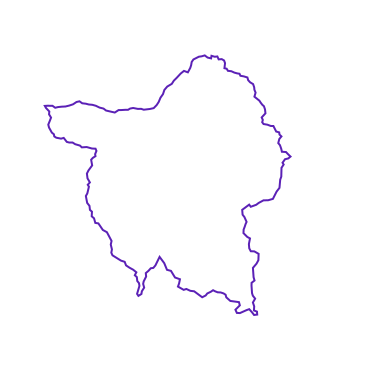 Dilermando de Aguiar, Rio Grande do Sul, Brazil, rotated 66°
{"feature_id": "56859067B57866316427698", "entity_name": "Dilermando de Aguiar", "entity_type": "district", "adm_level": 2, "iso_a3": "BRA", "parent_name": "Brazil", "parent_adm1": "Rio Grande do Sul", "projection": "mercator", "projection_center": [-54.164, -29.81], "detail": "fine", "context": "isolated", "style": "outline", "palette": "violet", "viewbox_px": 384, "rotation_deg": 66, "n_neighbors": 0, "source": "geoboundaries", "source_scale": "gbopen_adm2", "svg_char_len": 3130}
<svg xmlns="http://www.w3.org/2000/svg" viewBox="0 0 384 384"><g transform="rotate(66 192 192)"><path d="M53.5,291.4L55.9,291.2L60.4,289.6L62.9,291.0L66.7,290.5L69.2,293.0L72.0,295.9L75.0,296.4L80.7,295.9L83.1,294.7L85.2,295.2L87.2,293.9L90.0,289.9L90.4,287.2L95.3,286.0L96.9,284.0L98.2,281.0L100.8,279.3L104.0,275.5L106.4,274.5L108.1,269.9L111.6,265.7L113.2,262.5L115.6,262.6L118.0,265.1L120.0,265.6L120.5,268.8L121.5,271.0L127.1,272.4L130.2,277.8L132.4,280.5L137.0,281.9L141.7,281.4L143.0,284.3L145.2,284.0L150.7,288.2L152.5,290.6L159.3,292.2L163.0,291.3L166.8,292.5L169.3,291.4L173.4,293.5L176.2,292.2L180.9,292.9L182.6,290.3L190.4,288.9L194.1,286.1L204.0,285.4L207.0,287.6L211.9,288.5L214.6,290.4L217.5,290.4L225.8,284.8L228.4,281.9L232.2,282.1L235.7,279.9L239.0,277.4L242.7,275.5L244.8,278.1L247.3,277.0L251.0,278.2L253.7,277.5L256.4,278.2L262.7,283.6L265.1,283.2L264.6,279.7L262.3,278.2L259.9,274.6L256.1,274.0L254.0,272.5L250.6,268.3L247.3,267.2L246.3,263.8L244.9,260.7L245.6,258.2L244.2,255.3L238.1,248.0L245.7,246.3L252.9,246.5L255.5,243.3L263.2,242.3L266.8,238.5L270.3,241.0L272.7,243.3L278.0,239.4L278.3,236.6L281.6,233.7L283.6,230.4L292.3,225.5L292.1,221.6L290.9,219.3L290.8,215.5L290.3,212.7L292.2,211.2L294.1,209.3L295.4,206.7L297.5,204.4L299.5,203.1L302.2,203.5L307.1,201.3L311.7,193.9L315.0,194.4L317.2,200.2L320.7,200.2L322.1,197.5L322.1,190.1L322.3,187.4L326.3,186.1L329.6,185.3L330.5,182.3L327.7,181.3L325.4,183.6L321.8,181.7L317.7,181.3L315.1,177.7L311.4,178.6L308.8,178.3L301.7,175.7L299.2,174.5L298.3,170.9L294.9,170.4L286.1,167.2L283.7,162.2L281.3,159.1L275.6,156.3L271.6,159.2L270.0,162.4L266.7,162.6L262.7,161.2L258.0,157.9L255.5,159.8L250.5,161.7L247.3,160.1L245.2,158.0L243.1,156.1L241.5,154.3L236.2,154.3L233.3,155.0L228.7,153.4L226.8,144.9L229.4,144.3L229.8,138.5L229.1,135.5L228.7,130.1L230.5,125.8L231.2,120.9L226.0,114.5L223.8,110.4L216.6,106.4L214.3,104.2L206.3,100.4L204.2,97.1L202.1,97.4L199.9,93.7L200.5,90.4L199.7,87.6L196.5,88.9L193.7,89.9L191.8,93.5L188.8,92.9L185.0,92.6L182.4,93.3L179.1,90.7L177.6,87.7L175.1,88.7L173.0,88.1L171.0,90.5L164.8,90.8L163.7,93.2L161.2,95.7L159.0,99.0L156.8,99.5L155.0,98.0L152.2,98.0L150.0,92.9L146.2,91.7L142.9,91.4L140.9,92.3L138.4,92.9L136.0,93.3L130.3,96.2L127.1,93.5L124.0,93.4L121.6,92.6L118.3,92.3L115.4,94.3L112.7,95.2L109.9,94.8L107.4,97.7L105.5,100.5L103.3,100.5L102.0,102.5L100.1,104.8L97.7,106.9L95.9,109.9L93.5,110.2L92.1,112.0L87.7,109.4L84.9,109.2L82.7,110.8L81.7,113.7L78.5,113.7L77.7,116.2L75.5,118.8L77.7,120.2L75.5,123.1L72.4,124.8L72.0,127.9L71.2,130.7L71.5,136.8L73.1,139.4L75.8,141.2L77.9,143.1L81.0,147.1L78.1,150.1L79.2,154.2L81.5,159.6L82.9,163.3L85.0,166.5L85.6,171.7L87.5,175.7L90.8,178.7L93.0,182.4L96.2,185.8L98.2,188.9L99.8,192.9L99.0,196.8L97.2,202.6L95.3,204.7L94.1,207.6L91.3,211.6L90.6,214.6L90.9,217.0L89.7,219.7L88.4,223.2L87.3,225.8L88.0,230.2L86.0,232.9L82.6,237.4L79.8,238.9L77.3,242.1L74.1,244.8L71.8,247.6L70.0,250.8L68.2,253.0L66.3,256.2L63.4,257.9L62.8,260.9L63.5,265.0L63.1,269.1L62.4,272.9L61.1,276.2L59.9,279.9L59.4,282.7L56.5,284.4L54.4,289.0L53.5,291.4Z" fill="none" stroke="#5b21b6" stroke-width="2"/></g></svg>